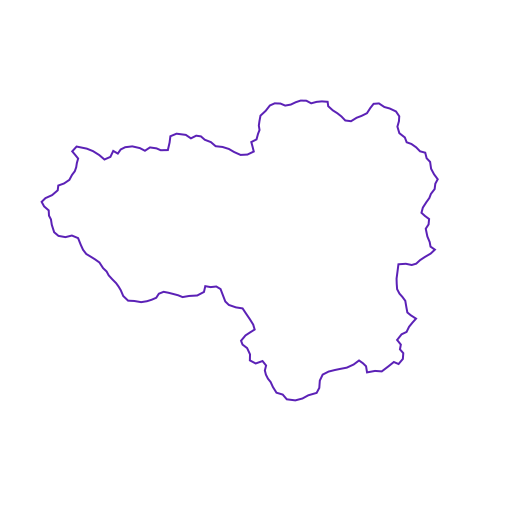 the district of Mercês, Minas Gerais, Brazil, rotated 256°
{"feature_id": "56859067B39060199569900", "entity_name": "Mercês", "entity_type": "district", "adm_level": 2, "iso_a3": "BRA", "parent_name": "Brazil", "parent_adm1": "Minas Gerais", "projection": "robinson", "projection_center": [-43.332, -21.177], "detail": "fine", "context": "isolated", "style": "outline", "palette": "violet", "viewbox_px": 512, "rotation_deg": 256, "n_neighbors": 0, "source": "geoboundaries", "source_scale": "gbopen_adm2", "svg_char_len": 2939}
<svg xmlns="http://www.w3.org/2000/svg" viewBox="0 0 512 512"><g transform="rotate(256 256 256)"><path d="M156.2,224.8L151.8,229.7L152.5,236.9L147.3,239.3L142.8,236.9L138.5,236.9L134.1,237.9L130.2,239.7L124.8,240.7L118.4,242.8L115.1,248.4L109.5,251.2L106.4,259.2L106.5,266.6L108.2,273.1L108.5,281.7L112.7,285.5L119.7,287.8L124.8,292.0L126.3,298.5L126.3,304.7L126.1,310.0L125.7,317.1L127.1,324.5L129.7,330.7L126.1,333.8L122.4,336.1L116.2,335.6L115.7,343.7L113.6,350.1L116.9,357.8L119.8,364.1L116.7,368.2L120.6,373.6L126.1,375.4L130.6,373.1L135.0,375.1L140.4,372.6L144.8,378.3L145.9,383.7L150.3,387.4L153.6,391.8L156.5,396.1L161.1,391.8L164.6,389.2L169.8,389.5L176.4,390.0L181.0,388.1L184.8,386.1L189.7,384.9L194.9,385.8L200.0,386.9L206.6,389.5L213.5,392.2L212.2,399.5L209.6,404.9L209.8,409.6L212.3,414.2L214.2,419.6L216.1,426.1L218.9,431.1L222.9,427.6L227.5,427.9L233.5,427.0L241.4,427.3L244.9,431.1L250.0,432.9L254.0,429.6L257.9,427.0L262.6,429.6L267.1,434.4L270.3,438.2L274.0,440.8L277.7,445.5L282.8,447.5L286.5,450.9L292.3,448.5L298.3,447.0L305.2,447.7L309.6,445.2L315.3,445.2L317.9,440.5L322.7,437.7L327.1,433.9L329.9,429.7L335.0,429.1L340.5,424.8L347.3,424.5L352.2,427.3L356.9,428.8L362.4,426.8L366.8,421.4L369.5,416.6L374.3,412.2L375.2,406.9L372.0,402.8L367.7,398.2L366.4,392.2L365.8,387.1L363.8,380.8L365.9,375.4L370.8,372.6L374.8,369.5L378.8,365.7L383.9,362.3L388.3,362.8L390.1,357.3L390.9,352.1L390.8,346.5L394.5,342.4L396.0,336.9L395.6,331.8L394.5,326.4L394.9,320.7L398.0,316.6L399.6,311.1L398.7,305.9L394.5,300.5L391.1,294.3L386.1,292.0L381.9,290.3L377.4,289.9L374.0,287.5L369.0,284.7L367.7,279.0L363.3,279.1L357.9,279.1L356.5,272.2L357.8,265.5L362.2,259.9L366.4,255.6L369.9,249.9L372.3,243.4L377.4,239.8L381.2,234.4L385.4,231.5L387.2,227.1L385.9,221.3L390.5,217.2L393.9,208.5L392.9,201.9L387.0,199.6L380.1,196.1L381.7,189.1L384.5,185.5L387.0,179.4L385.0,173.7L388.8,169.4L392.3,162.5L393.2,155.4L392.1,150.5L388.8,146.7L392.5,142.9L387.4,138.7L386.3,132.3L391.9,128.3L397.2,123.2L401.1,117.8L403.4,113.0L405.6,108.4L402.0,103.0L397.9,105.0L393.6,107.0L389.6,104.7L385.6,103.0L382.1,100.7L379.2,97.1L375.0,93.3L372.8,87.2L372.2,81.2L367.7,79.5L364.4,72.9L363.1,65.7L360.4,61.1L355.4,62.4L350.4,65.9L345.2,64.9L341.1,65.9L335.7,65.4L327.9,65.9L323.3,69.2L320.4,75.7L320.4,82.3L316.4,87.7L309.1,88.7L303.8,89.7L299.0,91.8L295.2,95.6L291.8,98.9L287.6,102.5L281.2,104.7L277.1,107.3L272.8,108.4L268.2,110.9L263.5,113.7L259.5,115.3L255.5,116.5L249.3,117.5L243.6,121.1L241.8,127.0L239.0,133.4L238.5,139.3L238.8,144.2L239.6,149.1L242.9,152.6L243.6,157.7L241.6,162.0L239.4,166.1L236.7,171.0L233.9,174.8L233.4,181.5L231.9,189.4L233.7,196.8L239.0,199.5L236.8,204.4L236.0,210.1L232.5,213.6L225.9,214.4L219.3,215.2L215.1,217.8L211.0,224.1L208.4,230.3L202.8,232.3L196.0,234.8L190.1,236.7L185.0,236.9L183.2,231.5L181.5,226.6L177.4,221.0L173.3,221.5L168.8,225.1L162.0,226.4L156.2,224.8Z" fill="none" stroke="#5b21b6" stroke-width="2"/></g></svg>